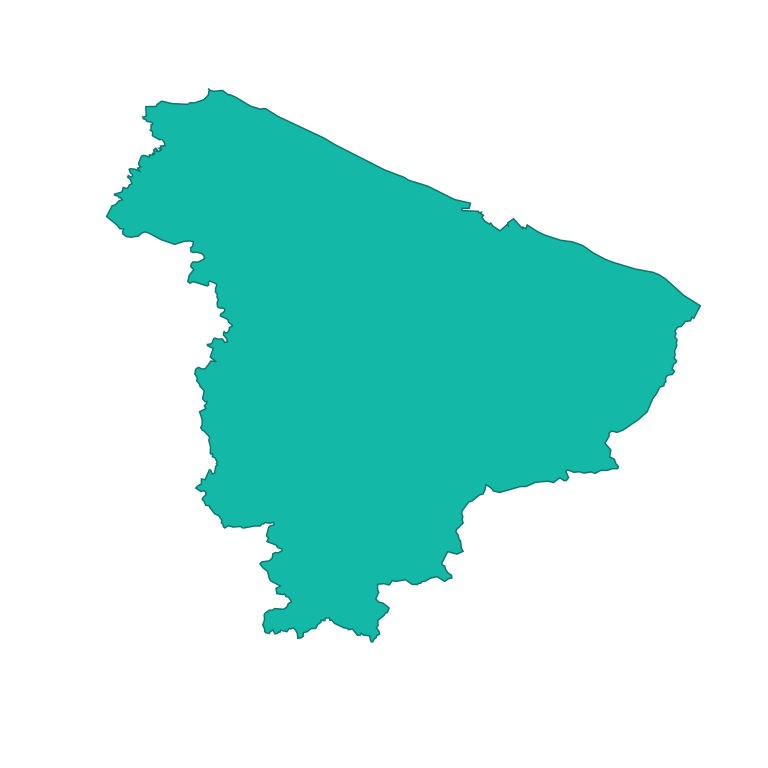 Toamasina II, Atsinanana, Madagascar (Albers equal-area conic projection), rotated 279°
{"feature_id": "10022922B55539380638871", "entity_name": "Toamasina II", "entity_type": "district", "adm_level": 2, "iso_a3": "MDG", "parent_name": "Madagascar", "parent_adm1": "Atsinanana", "projection": "albers", "projection_center": [49.14, -18.014], "detail": "fine", "context": "isolated", "style": "filled", "palette": "teal", "viewbox_px": 768, "rotation_deg": 279, "n_neighbors": 0, "source": "geoboundaries", "source_scale": "gbopen_adm2", "svg_char_len": 6152}
<svg xmlns="http://www.w3.org/2000/svg" viewBox="0 0 768 768"><g transform="rotate(279 384 384)"><path d="M576.1,441.1L577.2,424.9L586.3,396.1L589.1,376.3L591.2,371.8L595.5,351.2L612.8,297.9L617.5,286.3L631.8,237.0L637.4,224.1L637.1,221.0L636.0,219.8L637.5,208.9L644.1,192.4L645.6,186.7L645.3,184.9L648.7,178.7L646.5,170.4L646.6,166.7L648.4,164.1L647.4,165.3L642.0,165.3L636.6,161.6L632.0,152.9L631.4,148.4L629.5,146.5L627.8,130.8L628.6,120.2L624.7,116.2L622.5,115.6L620.7,105.4L611.4,107.2L610.1,105.3L610.3,104.2L608.4,104.6L608.0,107.2L606.4,108.6L606.3,112.8L605.4,114.6L604.1,114.9L603.6,113.4L599.3,114.1L598.0,113.4L597.1,115.9L593.0,116.5L590.2,123.9L590.8,126.4L588.8,128.9L585.1,130.5L584.1,126.1L582.4,127.2L581.7,124.8L580.3,127.5L578.2,124.6L578.3,122.7L579.5,123.7L581.1,121.7L579.0,119.8L575.7,121.3L575.6,119.4L574.6,119.6L574.6,120.5L574.0,120.0L573.6,116.5L571.5,116.8L572.3,111.0L571.0,108.8L563.6,107.1L561.8,107.7L560.4,109.9L558.6,106.9L556.0,109.4L557.2,104.2L556.9,99.6L556.1,98.7L553.0,100.4L551.9,102.5L549.8,103.1L548.7,102.3L549.8,98.8L548.2,98.5L546.3,101.6L542.3,103.7L540.8,101.3L538.1,100.6L536.8,99.0L537.4,95.7L532.6,95.1L529.4,88.1L528.3,88.5L528.1,92.1L526.6,93.1L526.9,94.5L525.0,96.8L523.7,93.8L518.9,90.5L517.5,87.6L506.0,83.8L499.3,95.4L496.1,98.7L496.4,102.6L493.2,102.0L491.3,102.7L489.4,106.5L489.4,111.0L491.7,118.4L494.7,120.6L496.7,123.6L496.5,127.6L491.7,141.3L489.2,155.4L493.4,163.7L495.0,170.0L494.8,173.5L490.0,173.4L488.2,171.6L484.7,172.6L484.0,174.4L484.9,178.7L484.5,183.0L482.9,185.9L480.3,186.9L478.6,186.0L475.3,181.1L474.7,176.3L472.4,174.9L469.6,174.8L467.3,178.2L460.8,174.6L454.4,174.2L453.2,176.6L455.1,179.2L455.1,180.8L453.2,193.9L454.2,195.3L457.2,194.7L458.5,195.9L456.8,202.4L455.4,203.4L452.3,202.7L448.4,203.2L446.5,205.3L443.7,205.4L441.4,207.2L438.0,206.5L434.3,207.5L433.3,209.2L433.8,213.7L432.4,215.2L430.7,215.0L427.6,211.8L425.7,211.7L423.4,219.4L420.5,221.2L418.3,225.0L417.5,225.0L415.4,222.4L412.8,222.7L410.1,221.2L409.7,219.5L410.7,218.0L409.7,217.6L407.3,217.7L404.2,221.6L400.8,222.6L400.2,220.0L403.3,217.4L402.3,213.3L402.9,209.7L402.1,208.7L396.8,207.6L395.4,203.3L394.1,204.0L392.5,209.8L383.4,208.2L379.7,215.0L379.7,209.5L371.3,205.2L370.3,202.2L371.4,198.2L369.7,196.1L367.7,195.6L364.2,195.6L361.0,198.6L357.8,198.6L355.1,201.6L352.9,202.7L349.3,207.5L341.1,207.1L338.6,209.9L338.9,212.0L337.0,211.8L334.5,209.9L331.9,211.9L327.8,206.2L320.2,210.0L315.1,210.8L312.3,209.8L309.8,211.8L309.4,213.6L304.4,220.0L300.8,219.8L294.9,222.5L288.4,223.2L287.7,224.1L288.2,225.7L285.4,225.8L284.6,228.7L280.7,231.5L279.1,230.9L277.9,232.2L276.4,230.7L269.3,230.6L268.4,228.3L271.9,226.2L271.8,224.9L261.5,222.3L261.7,218.5L256.5,219.2L254.8,216.5L251.8,214.4L249.1,220.1L250.3,221.7L249.7,224.7L246.8,225.5L243.4,222.8L241.4,222.6L240.4,224.3L236.2,227.0L236.6,230.7L235.0,231.0L229.3,237.1L228.1,241.4L224.2,245.0L221.3,245.1L220.4,247.1L217.9,247.7L216.9,249.2L219.7,252.5L219.1,257.4L220.8,264.3L219.7,267.5L223.5,278.3L224.4,283.9L226.8,285.4L227.0,286.9L228.5,288.2L228.7,293.3L230.0,296.3L229.0,297.3L227.6,297.3L225.9,293.6L224.4,292.6L215.7,291.6L213.5,294.1L210.1,293.0L208.1,302.5L205.8,304.6L205.0,309.1L203.5,309.4L200.7,306.0L200.5,303.1L198.9,300.8L194.4,300.8L191.3,298.1L189.2,291.2L187.0,289.6L183.3,293.5L180.7,298.4L174.1,301.0L171.8,302.9L168.3,313.2L165.2,309.3L160.2,311.0L160.2,316.8L161.1,318.5L158.8,320.4L158.6,323.1L154.9,326.3L154.0,326.4L152.3,323.9L148.4,322.9L145.8,320.1L145.1,311.2L143.2,309.2L142.7,306.1L139.3,302.6L137.3,301.8L132.4,302.9L127.0,301.9L123.6,304.3L120.8,304.9L119.9,306.1L119.6,309.8L121.1,310.1L123.7,312.7L120.1,315.4L121.2,318.0L122.6,318.6L122.6,320.0L124.6,320.5L124.2,326.9L127.9,328.6L127.4,330.0L129.1,332.3L127.2,335.1L123.9,337.5L119.3,338.6L120.5,342.1L122.4,343.8L125.8,343.1L127.3,346.9L130.8,349.9L132.0,354.9L135.9,356.0L138.8,359.0L140.7,358.6L141.1,362.6L143.4,362.7L144.5,365.5L144.3,366.7L142.3,367.4L142.5,369.3L139.8,372.7L136.9,382.5L137.0,385.9L135.8,387.4L137.1,391.2L131.7,397.1L132.4,400.1L134.6,400.5L132.8,402.8L133.1,409.1L128.6,410.8L127.4,411.8L127.5,413.2L130.5,414.2L132.3,416.0L134.3,416.1L136.1,418.7L138.5,418.0L142.2,414.6L144.5,416.0L149.4,414.8L155.4,420.2L158.0,421.1L158.8,423.1L163.5,424.1L167.5,417.1L167.8,413.0L170.4,409.5L177.4,411.4L180.2,409.7L185.2,409.1L186.8,415.0L186.3,420.5L191.0,423.0L191.0,426.7L194.0,436.0L190.5,443.1L191.2,448.5L192.5,448.9L192.9,451.3L195.0,452.6L195.4,455.2L199.4,460.1L202.0,466.2L198.6,474.8L202.0,478.5L202.9,481.3L205.6,480.7L207.4,476.8L210.4,473.9L213.8,472.4L214.4,469.8L215.6,469.0L228.4,473.1L227.4,482.7L231.1,488.3L234.1,486.0L240.8,484.2L242.5,482.3L246.0,481.2L249.3,478.1L251.6,478.4L259.1,483.9L262.5,482.3L265.2,482.6L267.9,481.1L270.8,480.9L280.7,486.1L282.5,489.5L289.5,495.7L290.7,498.9L294.6,500.2L300.6,500.4L298.0,506.2L295.5,508.8L295.0,515.3L304.0,534.5L305.0,540.3L310.6,549.0L313.7,561.1L313.2,566.9L318.5,571.8L318.7,573.1L316.7,577.0L317.2,579.2L320.5,581.0L326.0,577.2L328.0,578.8L326.5,585.2L327.9,590.7L327.3,595.4L329.6,602.6L328.7,606.4L332.5,611.4L333.6,618.0L335.9,622.2L337.0,628.1L339.0,628.5L341.8,625.3L345.6,623.4L347.4,618.2L354.2,618.4L360.2,611.5L367.6,614.5L370.6,614.0L373.2,616.1L372.7,621.9L375.9,627.3L388.6,640.8L397.8,648.3L411.5,651.7L417.0,654.6L424.0,656.8L426.0,660.7L428.7,660.7L430.4,662.1L433.4,661.2L435.7,661.8L437.5,663.7L438.4,667.0L441.9,669.0L444.0,666.2L448.9,667.0L451.2,669.2L452.8,669.3L455.1,666.4L457.8,667.0L462.4,665.9L467.8,667.2L470.1,666.3L473.5,666.6L476.1,663.8L479.5,664.6L481.7,663.1L486.2,665.1L487.3,668.6L493.0,671.9L494.3,676.7L498.2,677.9L497.4,679.7L510.7,684.2L518.4,666.2L531.8,645.6L534.9,638.6L536.4,632.1L536.9,613.6L540.0,591.3L541.7,583.2L546.1,570.3L551.9,558.5L553.9,547.8L553.6,536.0L556.2,519.6L558.5,511.8L563.5,500.5L559.5,499.9L560.6,496.6L559.2,496.4L567.5,486.1L562.4,480.9L559.7,481.9L560.6,480.6L553.4,474.6L557.1,466.7L559.7,464.3L558.3,463.1L560.6,458.1L563.9,454.5L566.2,455.9L567.5,452.8L568.8,453.4L567.9,450.6L569.3,450.3L567.5,433.7L569.7,433.5L570.8,440.6L576.1,441.1Z" fill="#14b8a6" stroke="#0f766e" stroke-width="1.5"/></g></svg>